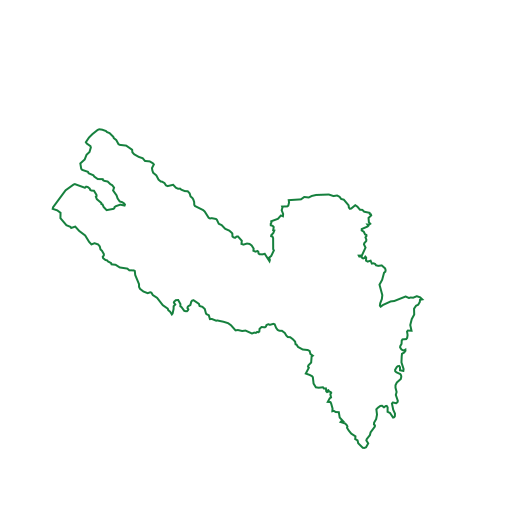 Kiharu, Central, Kenya, rotated 34°
{"feature_id": "3690345B72180207858390", "entity_name": "Kiharu", "entity_type": "district", "adm_level": 2, "iso_a3": "KEN", "parent_name": "Kenya", "parent_adm1": "Central", "projection": "orthographic", "projection_center": [37.119, -0.71], "detail": "fine", "context": "isolated", "style": "outline", "palette": "green", "viewbox_px": 512, "rotation_deg": 34, "n_neighbors": 0, "source": "geoboundaries", "source_scale": "gbopen_adm2", "svg_char_len": 6099}
<svg xmlns="http://www.w3.org/2000/svg" viewBox="0 0 512 512"><g transform="rotate(34 256 256)"><path d="M61.1,330.6L65.7,329.3L69.8,329.5L72.7,334.0L81.6,336.5L85.9,335.6L87.1,336.1L89.7,332.7L95.4,334.1L102.9,334.5L109.7,337.6L113.1,338.4L115.0,335.7L118.6,334.7L121.1,335.4L123.4,337.5L125.4,337.8L128.8,339.5L129.5,340.6L129.4,342.4L130.5,343.3L133.5,343.5L134.9,342.9L136.4,343.3L139.7,342.9L140.9,343.7L144.5,341.8L149.4,341.7L156.4,338.4L159.0,338.7L162.7,336.3L163.9,336.2L166.5,339.3L174.8,344.8L176.3,347.0L178.2,348.1L182.5,348.4L187.0,347.4L188.6,345.2L189.8,344.9L192.3,346.1L197.4,346.0L206.2,348.9L212.3,349.0L213.6,350.0L216.0,350.2L218.9,351.5L219.0,350.3L217.3,346.0L215.8,343.7L216.2,341.4L214.0,340.6L213.7,339.6L214.2,337.5L216.1,336.0L220.2,338.1L221.4,340.0L222.8,340.0L227.2,341.6L228.6,341.1L229.7,340.3L229.9,339.1L229.7,338.0L228.3,337.5L227.9,336.6L228.0,335.3L229.0,333.4L227.9,330.1L228.0,328.7L228.9,327.6L235.4,327.6L237.2,329.0L240.0,328.1L243.2,328.6L246.4,331.4L247.4,331.9L250.0,331.5L253.1,334.1L254.6,332.9L259.2,331.9L259.9,331.1L265.8,328.7L270.4,327.3L274.0,327.4L280.6,329.1L282.4,327.5L286.5,325.9L289.0,323.7L296.0,322.5L297.4,320.5L298.9,319.8L299.4,318.3L300.6,317.9L301.0,316.8L299.7,314.4L300.3,311.8L303.2,310.2L303.7,308.9L303.3,307.5L303.8,306.5L304.5,305.6L306.0,305.3L308.4,302.5L309.7,302.2L312.8,304.3L315.3,305.2L317.2,304.9L319.3,303.5L322.9,303.7L325.6,305.0L327.7,305.4L329.8,304.2L333.1,304.4L336.3,305.1L338.2,307.1L339.2,306.8L341.7,307.9L347.0,307.4L351.5,305.0L353.6,304.8L355.9,306.8L358.8,306.9L358.3,308.2L361.3,313.5L360.6,317.4L361.0,318.7L362.3,319.1L363.0,325.6L367.0,324.6L369.7,324.3L370.9,324.7L375.1,329.6L379.1,331.4L381.7,330.1L384.9,327.4L386.4,327.9L388.0,326.7L389.9,328.9L391.0,329.1L391.6,328.2L390.4,327.7L391.0,326.8L392.5,327.4L394.0,327.0L394.9,327.4L394.9,329.0L397.3,331.3L396.7,332.7L397.1,336.8L399.4,335.5L400.7,336.2L404.7,339.6L406.1,342.0L407.1,340.9L409.3,340.8L412.0,339.2L415.7,343.1L420.3,344.2L419.2,344.9L419.0,346.3L423.6,345.0L425.9,345.5L427.1,346.2L427.5,347.5L430.4,348.8L434.3,350.0L439.3,349.9L440.6,352.3L443.3,352.1L445.5,354.1L451.8,355.3L453.2,354.5L454.2,353.0L453.8,348.6L450.6,347.2L450.2,345.9L450.6,340.8L449.6,338.1L449.9,331.0L449.3,329.9L448.0,329.7L447.1,328.1L446.8,324.0L445.0,319.8L441.5,315.8L441.9,313.6L442.9,310.8L444.2,309.7L446.7,309.9L447.4,307.9L448.2,307.2L449.8,307.9L452.2,311.6L454.9,311.2L460.0,313.3L460.7,312.4L460.7,311.2L459.4,309.0L455.7,306.7L451.2,302.3L451.4,300.9L454.5,299.7L455.0,298.1L454.6,296.8L449.6,293.0L448.6,290.1L445.3,287.2L443.9,285.1L443.5,282.1L444.8,277.0L444.0,274.9L443.0,273.8L441.7,273.2L437.4,273.9L435.9,273.7L435.0,272.6L434.8,269.4L435.1,268.2L436.2,267.1L437.6,267.7L439.3,270.2L442.4,268.9L441.6,267.2L436.1,262.9L432.9,257.7L431.7,255.4L432.8,253.2L432.9,251.0L432.2,250.1L431.6,251.4L430.3,252.1L428.7,252.1L426.6,251.2L426.0,250.1L425.8,247.5L424.1,244.6L424.1,243.2L427.0,240.9L427.1,239.4L425.9,236.8L423.5,234.2L423.6,232.9L426.7,231.0L422.5,227.0L420.4,221.2L419.9,216.1L416.5,211.3L416.5,207.7L417.7,205.7L417.5,202.6L416.5,200.6L418.1,199.0L415.2,198.5L411.8,199.4L409.6,202.7L407.3,204.0L406.3,205.3L402.7,205.9L395.8,216.0L393.1,218.3L388.7,225.5L387.7,228.3L386.5,227.9L385.4,225.7L384.4,221.3L382.6,217.8L374.4,210.7L373.9,205.2L371.5,198.2L372.0,196.7L371.4,195.3L370.0,194.1L365.5,193.5L362.9,195.8L360.7,196.6L359.3,196.0L357.6,196.3L356.3,197.5L353.6,195.8L351.7,198.2L349.8,198.3L348.2,195.7L347.0,195.4L347.0,197.1L346.2,198.1L345.0,198.2L344.0,197.5L341.9,198.7L341.0,198.2L343.5,196.4L342.1,187.8L339.0,186.0L338.6,184.9L339.0,182.0L338.4,180.8L336.3,179.3L336.4,177.6L335.7,176.8L334.3,177.1L331.8,175.6L329.3,175.7L328.6,174.5L332.0,169.2L332.2,168.2L330.8,167.6L332.1,166.9L332.7,165.4L330.7,164.9L328.0,161.5L328.8,157.9L327.9,157.2L326.8,157.5L326.0,156.7L320.9,158.8L318.4,158.3L316.3,159.5L312.5,158.4L309.9,158.4L308.4,163.4L307.4,164.4L305.9,163.9L304.4,162.2L297.3,160.2L294.7,161.1L292.2,160.2L289.4,160.5L286.7,163.0L282.0,164.3L271.7,171.8L268.7,175.0L267.0,178.0L263.0,180.1L261.6,183.9L251.9,191.4L253.5,193.2L254.6,196.2L254.2,197.4L250.0,200.4L250.8,201.0L251.7,203.7L255.0,206.0L256.1,208.0L254.0,208.5L253.4,212.9L249.2,218.7L250.1,219.7L250.2,221.1L251.1,222.3L252.9,221.7L254.5,222.1L255.8,225.0L256.9,224.6L257.5,227.3L257.0,230.2L257.5,231.1L258.8,230.7L260.2,231.6L266.4,240.7L267.7,241.4L268.6,247.5L267.8,250.0L269.7,251.5L270.1,252.8L262.0,249.3L260.5,251.0L257.9,252.6L256.7,252.5L255.7,251.3L254.5,251.0L253.1,252.7L250.9,253.1L249.9,251.2L246.5,249.7L243.9,249.6L241.6,250.7L239.2,253.6L237.2,254.1L235.7,251.3L230.1,249.9L229.0,250.8L228.5,252.6L227.0,253.1L225.6,253.0L223.8,250.6L222.8,250.3L219.7,249.9L215.2,250.7L210.3,249.6L207.1,250.1L203.2,247.8L202.1,247.7L198.1,249.4L196.9,250.6L195.4,250.8L188.6,247.8L186.5,247.5L177.4,248.7L176.2,248.1L174.5,245.8L172.4,244.2L170.9,243.5L168.4,243.2L166.0,241.2L163.2,240.5L160.7,242.0L157.0,242.8L155.4,242.6L153.8,243.8L151.5,244.2L147.5,243.3L143.6,247.5L141.8,247.8L139.3,246.7L136.5,246.9L135.5,247.5L132.5,247.2L128.3,244.9L124.2,244.5L122.3,243.1L120.6,241.3L120.1,237.2L118.6,236.8L115.0,237.0L110.8,239.3L107.4,238.3L103.4,239.4L98.1,239.8L95.6,239.2L93.9,237.2L87.9,237.1L86.6,237.1L81.0,240.0L79.5,240.2L75.3,238.0L72.2,237.8L71.1,237.0L65.9,236.0L63.1,236.6L61.7,236.3L57.8,237.3L55.2,238.6L54.2,240.1L52.2,246.5L51.3,251.2L51.3,256.8L52.8,257.4L57.3,257.5L58.4,258.4L59.8,262.9L58.9,266.8L60.0,271.8L58.6,277.5L62.3,281.4L63.7,281.8L69.6,280.2L71.0,281.0L76.1,280.0L77.4,280.6L81.8,280.7L86.0,278.0L86.9,278.7L88.3,278.5L91.4,277.2L95.1,277.9L97.2,277.7L100.1,278.7L100.9,281.6L106.5,283.7L109.1,285.7L112.5,287.0L115.0,286.2L117.4,286.2L118.6,286.7L118.8,287.7L114.8,289.3L112.0,293.0L111.4,294.5L111.8,295.7L111.5,296.6L106.5,301.5L102.3,300.6L100.0,299.1L98.8,299.4L98.0,298.5L92.3,297.9L90.1,296.4L90.3,295.4L89.5,294.5L85.2,292.5L82.9,293.8L81.5,293.9L80.5,293.1L77.9,292.9L76.4,293.5L76.0,295.1L65.6,297.7L64.8,298.8L61.4,308.0L60.5,329.1L61.1,330.6Z" fill="none" stroke="#15803d" stroke-width="2"/></g></svg>